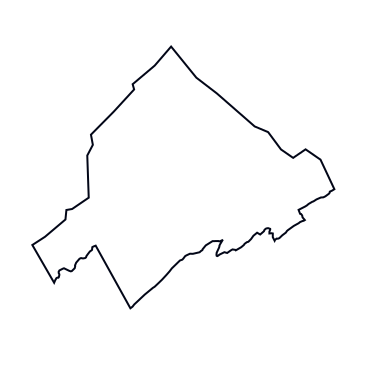 Hardy, West Virginia, United States of America, rotated 19°
{"feature_id": "52423323B33103452466662", "entity_name": "Hardy", "entity_type": "district", "adm_level": 2, "iso_a3": "USA", "parent_name": "United States of America", "parent_adm1": "West Virginia", "projection": "orthographic", "projection_center": [-78.78, 39.0], "detail": "fine", "context": "isolated", "style": "outline", "palette": "ink", "viewbox_px": 384, "rotation_deg": 19, "n_neighbors": 0, "source": "geoboundaries", "source_scale": "gbopen_adm2", "svg_char_len": 2057}
<svg xmlns="http://www.w3.org/2000/svg" viewBox="0 0 384 384"><g transform="rotate(19 192 192)"><path d="M91.2,322.7L91.4,319.9L91.9,317.5L92.7,316.7L93.6,316.5L93.8,315.8L93.6,313.6L93.3,312.9L92.4,312.1L91.9,310.8L92.2,309.3L94.8,306.6L95.8,305.8L101.5,306.5L103.2,306.5L104.1,305.9L105.9,302.3L105.7,300.1L105.3,299.5L105.5,296.5L107.4,291.7L108.6,290.6L110.6,290.3L112.4,289.3L113.0,288.5L113.1,288.1L113.0,287.2L113.6,285.1L114.8,281.5L116.2,279.6L116.3,279.1L115.7,276.6L116.6,275.6L118.4,274.1L171.6,322.0L173.1,319.8L174.0,317.1L180.7,304.4L186.2,295.4L187.5,293.8L189.6,289.8L192.2,284.7L194.8,278.8L196.6,274.4L197.8,270.8L202.9,260.7L204.9,259.1L205.5,257.7L206.4,254.9L207.3,253.8L210.2,251.0L212.9,250.2L218.8,246.5L219.6,245.0L220.7,243.6L220.7,242.6L222.4,238.0L227.4,231.8L232.8,229.8L233.7,229.8L234.4,229.5L236.1,228.0L236.7,227.0L235.6,232.2L235.4,233.7L235.6,234.3L235.6,234.6L235.7,235.6L235.1,241.4L235.6,243.5L236.1,244.3L236.7,244.4L237.1,244.1L238.6,242.0L242.2,238.4L245.1,238.2L247.7,234.6L249.0,233.1L251.9,232.6L252.4,232.9L256.5,228.2L258.3,225.2L258.6,223.9L260.2,221.6L261.5,220.7L263.2,217.2L264.3,213.4L266.8,209.3L270.3,210.0L272.8,205.7L272.8,204.5L273.5,203.0L274.1,202.3L275.7,201.4L277.9,201.4L278.2,202.1L278.1,204.3L278.7,206.0L280.6,205.1L281.9,204.9L283.1,208.4L286.0,211.2L286.1,210.2L287.2,208.5L288.4,208.2L289.6,207.2L291.5,203.5L294.0,199.8L294.4,198.1L295.0,197.0L299.3,190.9L303.0,186.8L304.0,185.2L305.9,183.5L307.0,182.8L307.8,181.8L304.8,180.0L303.8,178.3L302.3,177.3L301.5,177.5L301.2,177.3L298.6,174.2L303.7,168.9L305.0,167.3L306.1,165.4L308.9,162.1L309.7,161.5L310.4,160.7L312.1,158.5L315.7,155.2L317.9,154.3L319.5,152.7L322.0,149.1L322.4,147.8L322.2,146.8L324.0,145.1L325.7,143.0L303.0,119.6L285.5,114.7L276.5,126.8L262.3,122.8L244.5,110.6L229.9,109.6L183.4,90.7L158.9,82.5L124.9,61.3L115.6,84.6L100.8,109.4L103.9,113.9L91.9,141.4L77.8,170.7L82.9,179.7L81.1,191.6L96.2,231.0L84.2,247.1L79.1,249.9L81.3,259.2L67.6,282.2L58.3,294.1L91.2,322.7Z" fill="none" stroke="#020617" stroke-width="2"/></g></svg>